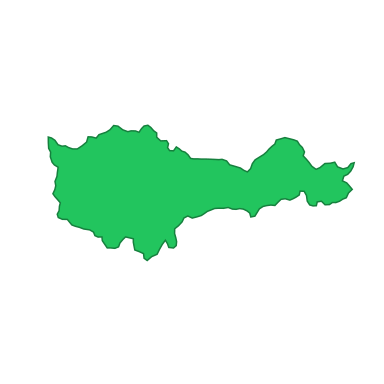 Ressaquinha, Minas Gerais, Brazil, rotated 196°
{"feature_id": "56859067B79729307110792", "entity_name": "Ressaquinha", "entity_type": "district", "adm_level": 2, "iso_a3": "BRA", "parent_name": "Brazil", "parent_adm1": "Minas Gerais", "projection": "orthographic", "projection_center": [-43.769, -21.084], "detail": "fine", "context": "isolated", "style": "filled", "palette": "green", "viewbox_px": 384, "rotation_deg": 196, "n_neighbors": 0, "source": "geoboundaries", "source_scale": "gbopen_adm2", "svg_char_len": 2694}
<svg xmlns="http://www.w3.org/2000/svg" viewBox="0 0 384 384"><g transform="rotate(196 192 192)"><path d="M345.3,205.2L343.7,199.8L341.8,194.4L338.9,191.4L337.9,186.8L334.6,182.0L331.8,180.1L327.5,178.9L326.8,173.6L326.1,169.8L326.6,164.4L324.7,160.5L324.5,156.6L325.2,152.0L322.5,149.8L319.2,147.7L315.6,145.3L315.5,141.7L314.6,137.4L315.4,133.5L313.5,130.6L309.1,130.0L304.3,131.3L301.3,129.2L298.4,127.2L294.7,126.9L290.5,127.0L285.9,126.6L279.9,127.4L275.6,126.3L273.3,123.3L269.9,122.8L266.2,124.0L264.8,120.5L262.2,118.3L258.1,114.9L254.9,115.8L250.6,116.6L247.5,119.0L247.2,123.1L245.3,127.4L243.5,130.5L239.4,130.7L235.5,130.9L234.6,127.6L232.9,124.2L231.0,120.5L226.1,120.1L221.6,119.4L219.8,115.1L216.2,113.8L212.9,118.8L208.4,122.5L207.4,128.1L206.1,133.5L204.3,138.3L201.3,135.5L199.0,132.3L194.3,133.1L192.4,136.1L193.1,140.0L195.0,143.6L197.3,147.3L198.5,151.9L195.7,155.8L193.3,160.5L192.6,164.8L189.4,167.8L184.6,167.0L180.5,169.4L176.5,172.0L174.2,174.7L171.9,177.6L168.5,180.2L165.7,182.4L162.1,183.7L157.3,185.0L152.9,187.1L148.5,186.7L144.9,187.5L141.6,189.2L137.9,189.7L133.9,189.0L130.7,187.7L128.6,184.2L124.9,186.1L123.7,190.4L122.6,194.4L119.7,197.7L116.5,199.5L112.6,201.2L108.6,201.9L106.5,205.9L104.4,209.5L100.5,211.2L95.7,211.2L93.1,213.3L90.7,215.6L88.1,218.7L88.4,222.6L84.4,223.6L81.0,220.2L78.7,215.0L75.3,212.0L71.8,212.0L68.7,213.1L68.9,217.0L65.0,218.8L60.6,216.4L56.4,217.8L54.1,220.6L50.8,221.5L47.6,223.8L45.2,226.6L42.1,229.0L41.3,234.2L38.7,238.7L42.5,241.3L45.8,243.4L50.5,244.2L50.4,249.1L47.2,251.9L45.2,255.8L44.1,260.6L44.2,264.8L47.0,263.1L49.0,258.4L53.2,255.8L59.0,256.3L63.0,260.0L66.9,257.8L72.1,256.0L75.7,250.7L79.0,248.0L83.8,249.7L87.8,252.8L91.4,255.2L95.1,257.4L94.9,261.5L98.2,265.2L101.7,267.1L104.8,269.9L108.5,270.2L112.4,270.1L117.7,269.9L121.3,267.6L125.3,265.2L125.6,260.9L127.7,258.0L129.8,254.5L131.3,251.1L133.6,247.6L136.7,244.2L140.2,240.3L141.8,235.9L142.1,230.6L144.3,226.6L148.2,227.1L152.0,228.4L157.1,228.5L163.3,228.5L167.3,231.4L172.1,231.7L175.1,230.5L178.6,229.7L183.6,228.5L188.4,227.3L191.7,226.3L195.7,225.4L199.4,224.3L202.6,223.9L206.1,226.7L209.7,228.4L213.1,228.5L216.2,230.0L219.5,231.0L221.1,226.5L224.9,225.6L227.7,227.9L227.9,231.9L230.6,234.3L236.2,232.5L241.0,234.9L242.2,239.0L245.7,240.3L249.4,242.7L252.8,244.0L256.3,242.2L258.0,239.0L259.4,234.8L263.2,235.1L267.4,234.0L270.3,232.3L275.7,232.7L281.3,234.9L285.6,234.3L288.0,229.2L291.0,225.8L293.9,223.8L297.2,221.5L299.0,217.4L303.5,217.3L307.1,216.4L307.1,210.9L310.4,206.1L314.1,201.8L318.6,200.5L323.1,200.7L326.4,201.5L329.6,200.2L333.8,200.5L338.0,203.9L341.9,205.2L345.3,205.2Z" fill="#22c55e" stroke="#15803d" stroke-width="1.5"/></g></svg>